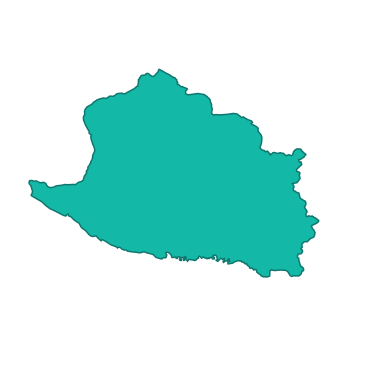 the district of Muse, Shan, Myanmar, rotated 217°
{"feature_id": "60261553B93917356889079", "entity_name": "Muse", "entity_type": "district", "adm_level": 2, "iso_a3": "MMR", "parent_name": "Myanmar", "parent_adm1": "Shan", "projection": "mercator", "projection_center": [97.913, 23.713], "detail": "fine", "context": "isolated", "style": "filled", "palette": "teal", "viewbox_px": 384, "rotation_deg": 217, "n_neighbors": 0, "source": "geoboundaries", "source_scale": "gbopen_adm2", "svg_char_len": 6045}
<svg xmlns="http://www.w3.org/2000/svg" viewBox="0 0 384 384"><g transform="rotate(217 192 192)"><path d="M55.7,196.6L57.2,198.2L61.2,198.5L65.8,201.9L66.8,203.3L68.5,203.3L69.3,204.4L69.7,206.4L69.0,207.3L68.0,208.0L67.7,208.7L67.6,209.8L67.9,211.0L68.7,211.9L70.9,212.3L71.1,213.2L70.8,213.7L70.8,214.4L72.2,215.5L72.9,216.4L72.5,219.7L69.9,221.8L69.8,223.7L69.3,226.3L68.0,228.5L67.7,229.3L67.8,230.5L69.2,233.5L71.4,234.7L73.9,235.4L76.3,236.8L76.3,237.1L73.9,241.6L73.3,243.3L73.3,245.1L73.6,245.4L74.4,245.3L74.9,245.7L75.5,245.5L78.4,245.5L79.1,245.1L80.1,245.3L80.7,245.0L81.5,245.2L82.5,244.0L84.2,243.3L84.7,242.9L85.2,241.6L86.6,241.5L87.8,243.1L88.1,243.8L88.1,245.4L88.9,246.0L89.7,246.1L90.3,246.6L91.1,246.7L93.1,247.7L93.4,250.0L94.2,251.5L95.7,252.7L100.8,252.2L102.4,252.5L106.0,255.5L107.7,254.8L110.5,254.6L111.8,254.2L113.4,255.9L113.3,257.0L114.7,258.4L117.0,259.2L113.9,262.4L113.7,264.4L113.8,267.7L116.5,270.2L117.3,272.2L118.8,272.3L120.3,271.6L121.2,271.8L121.8,272.4L122.0,273.3L120.9,280.0L122.4,281.0L122.6,281.5L123.4,281.4L124.3,280.8L125.4,281.0L126.3,282.0L124.9,283.4L124.2,286.1L123.6,286.7L123.8,289.5L123.5,290.2L124.4,290.7L125.7,290.4L126.7,290.8L127.5,290.6L128.0,290.9L129.4,290.9L130.2,291.5L131.1,291.6L133.9,289.8L134.9,288.0L135.2,285.4L134.0,282.3L134.3,281.0L137.3,279.9L138.1,278.4L139.0,277.7L140.8,277.6L142.0,278.0L143.8,276.9L144.7,276.8L145.8,275.8L146.5,274.5L150.3,272.9L151.0,272.2L151.6,268.9L152.3,268.8L152.9,269.6L154.3,269.5L155.1,269.9L156.4,270.0L157.3,268.4L159.4,268.6L160.6,267.9L162.2,267.7L163.4,268.0L164.7,268.6L165.2,270.9L166.4,273.6L168.9,277.5L170.2,278.5L172.3,279.5L175.9,280.3L177.5,282.7L179.6,283.0L185.9,282.1L185.7,284.1L187.3,284.5L191.9,283.1L192.5,283.3L193.9,282.9L196.1,282.9L196.5,282.0L197.1,281.8L197.2,281.4L202.9,281.5L206.4,279.5L210.3,275.5L215.6,270.8L219.9,267.9L220.8,266.7L222.4,266.3L223.7,266.7L224.9,268.4L225.5,270.2L226.5,271.1L227.7,271.7L228.5,273.1L230.3,274.5L231.2,274.8L232.8,276.3L234.2,276.9L236.0,277.0L237.6,277.3L238.5,277.3L239.4,277.0L240.6,277.3L246.5,274.3L253.1,267.7L254.4,267.0L255.9,266.7L257.2,267.7L257.8,268.8L257.6,270.5L257.8,271.5L259.9,271.2L261.6,270.4L262.9,270.5L264.5,269.4L267.0,269.8L268.7,269.2L269.3,270.9L270.9,271.4L272.0,272.6L273.1,272.3L274.2,272.9L275.7,272.6L276.3,271.8L276.9,272.1L279.1,272.1L281.6,271.9L284.1,271.3L288.5,270.8L289.7,270.4L291.0,270.5L292.1,270.1L292.1,269.3L291.4,267.7L292.0,261.9L292.3,261.4L293.0,260.5L295.4,260.2L297.9,260.3L298.8,260.0L299.6,259.3L299.8,258.8L300.1,256.7L302.1,255.3L302.7,253.7L302.4,253.1L302.5,251.6L302.1,250.4L302.4,249.6L300.7,247.1L299.1,244.0L299.6,243.1L300.3,239.8L303.8,232.3L304.5,230.3L305.5,229.1L307.2,229.0L310.1,226.4L311.2,225.1L311.6,222.9L312.7,220.8L314.3,219.9L315.6,218.7L316.2,216.5L316.9,215.0L319.2,213.9L321.1,211.6L323.1,208.7L324.6,204.5L324.9,201.5L327.1,196.7L327.0,196.1L327.1,193.6L326.0,191.3L324.4,189.6L324.0,186.9L323.3,185.8L321.9,184.2L317.5,181.5L312.3,179.1L311.0,179.0L310.2,177.8L309.3,176.9L306.8,177.0L306.6,176.2L305.7,174.7L303.9,173.2L300.2,170.6L297.1,168.9L296.5,168.2L295.3,167.4L294.2,165.7L293.4,161.7L292.5,160.1L292.1,160.1L291.2,157.1L291.1,155.2L290.3,154.0L290.5,153.3L290.0,150.9L290.2,149.4L288.9,147.6L289.0,145.6L288.6,144.5L287.7,144.1L287.5,139.8L286.1,136.2L286.5,134.0L288.5,131.4L289.4,127.9L291.1,126.8L295.6,123.0L297.9,121.6L299.9,119.2L304.2,115.1L305.4,112.7L307.5,110.4L309.9,109.5L311.7,109.8L314.1,110.9L315.7,110.5L316.9,110.0L318.6,108.0L322.8,107.2L325.4,105.1L326.5,105.0L327.0,104.7L328.5,103.4L328.5,103.0L327.8,101.4L326.8,100.6L324.5,100.1L319.8,96.6L318.6,94.0L318.8,93.0L317.9,92.4L305.9,93.8L300.0,93.2L295.2,93.2L291.5,94.1L280.5,96.0L278.3,96.9L278.2,98.3L277.8,99.8L277.6,99.8L276.0,98.7L273.8,99.4L270.2,98.8L266.5,98.8L263.3,99.1L258.9,97.0L253.5,97.1L249.1,96.1L246.9,95.9L244.5,96.7L242.1,99.3L239.1,98.6L235.2,98.3L235.2,100.0L231.4,100.6L225.0,101.0L219.8,102.6L217.9,102.4L217.4,103.8L215.6,104.5L213.7,104.2L211.3,104.8L209.9,106.0L207.8,106.0L203.9,108.1L200.7,110.1L197.8,111.5L195.9,113.2L194.7,115.1L193.6,115.7L191.7,116.1L186.4,118.4L185.2,118.6L181.4,118.1L176.3,120.0L175.6,120.7L175.4,121.9L174.8,122.9L173.8,123.2L173.4,123.8L173.4,124.5L174.2,126.5L176.3,127.5L176.1,128.4L175.7,128.9L174.6,129.5L172.1,129.4L170.9,129.1L169.9,128.6L169.4,128.0L168.6,127.6L166.3,129.6L165.7,130.4L164.6,129.5L163.8,130.1L164.0,132.1L163.2,132.7L162.2,132.6L161.5,131.4L161.4,130.5L160.5,130.2L159.5,130.6L159.5,131.2L160.7,132.2L161.0,132.9L160.8,133.5L159.9,134.2L159.0,134.6L158.6,136.4L157.6,136.3L157.3,135.5L158.6,133.1L157.8,132.3L157.3,132.4L156.8,133.2L156.9,134.3L156.5,134.7L155.4,134.5L153.9,134.0L154.0,135.8L153.4,136.6L150.1,138.4L148.8,138.8L147.9,139.9L147.7,142.0L147.1,143.0L147.6,143.5L147.7,144.3L147.4,145.3L144.4,145.0L144.0,147.0L141.8,147.0L140.7,148.0L139.8,147.7L139.0,148.7L138.9,149.5L138.1,149.5L137.5,151.5L137.0,151.6L135.4,150.9L134.0,151.9L134.5,153.0L135.3,153.2L136.2,153.0L136.8,153.5L136.9,154.0L135.7,155.5L134.8,155.8L133.3,155.2L131.1,153.6L131.7,152.1L130.0,152.0L129.6,152.5L129.1,156.3L128.5,156.6L126.9,156.5L126.7,157.5L126.1,158.3L125.2,156.7L125.3,155.8L125.1,154.9L124.5,154.7L123.7,157.1L122.1,158.5L122.5,159.2L122.5,160.6L121.9,160.9L120.3,159.4L121.6,158.6L120.9,157.2L119.9,156.3L117.1,159.2L116.4,160.4L116.2,161.6L113.8,164.8L112.9,165.6L112.5,165.6L111.8,165.9L111.4,166.5L110.3,166.0L109.9,166.6L109.1,166.6L108.8,167.0L108.2,167.0L107.2,166.5L106.1,166.7L105.4,167.7L104.2,166.9L102.9,166.7L101.9,167.0L99.8,166.0L99.2,166.3L98.8,167.1L97.9,167.5L96.0,166.8L95.8,167.5L95.2,167.5L94.9,168.1L94.0,168.7L92.1,167.1L91.8,167.0L89.3,166.9L87.5,167.2L86.4,166.6L85.4,167.0L84.3,167.0L83.0,168.0L82.1,168.4L81.7,169.1L80.7,169.4L79.4,171.7L82.4,176.0L81.7,177.6L81.1,177.7L78.5,179.2L74.6,182.8L69.7,186.0L67.2,185.9L63.6,184.4L61.9,184.4L61.3,184.9L60.5,186.3L58.4,187.5L58.0,188.0L56.5,188.9L56.0,189.7L55.5,192.1L56.5,195.1L55.9,195.6L55.7,196.6Z" fill="#14b8a6" stroke="#0f766e" stroke-width="1.5"/></g></svg>